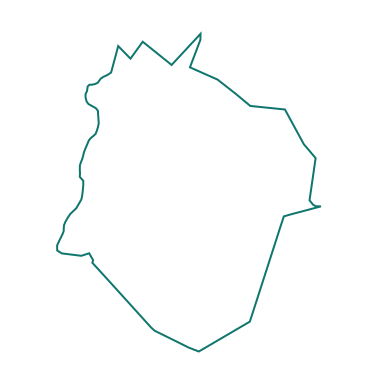 Nova Santa Rita, Piauí, Brazil, rotated 5°
{"feature_id": "56859067B4327076074901", "entity_name": "Nova Santa Rita", "entity_type": "district", "adm_level": 2, "iso_a3": "BRA", "parent_name": "Brazil", "parent_adm1": "Piauí", "projection": "natural_earth1", "projection_center": [-42.096, -8.116], "detail": "fine", "context": "isolated", "style": "outline", "palette": "teal", "viewbox_px": 384, "rotation_deg": 5, "n_neighbors": 0, "source": "geoboundaries", "source_scale": "gbopen_adm2", "svg_char_len": 1155}
<svg xmlns="http://www.w3.org/2000/svg" viewBox="0 0 384 384"><g transform="rotate(5 192 192)"><path d="M186.7,33.7L160.6,67.2L129.8,46.6L119.1,64.5L105.8,53.1L101.0,80.0L98.0,82.5L93.6,85.1L91.2,87.0L88.6,91.4L85.7,93.0L82.7,93.9L80.5,94.1L78.9,95.9L78.6,100.5L77.4,103.9L77.7,107.0L79.1,111.0L81.2,113.4L88.8,116.8L91.2,119.3L91.7,122.9L92.5,127.8L93.1,131.9L92.6,135.9L91.8,139.5L90.9,142.5L89.3,144.3L86.4,147.2L84.8,149.5L83.8,152.6L81.9,158.4L80.8,162.3L80.5,164.9L79.8,168.6L78.7,172.3L78.0,175.3L78.3,179.8L78.8,183.0L78.9,186.7L82.7,190.3L83.1,194.7L83.1,198.2L82.9,205.9L82.4,209.1L81.1,211.9L78.2,218.2L74.5,222.4L72.8,224.3L70.6,228.2L68.4,232.9L67.4,236.3L67.4,239.4L67.6,242.1L66.9,244.7L64.9,249.9L63.8,252.7L62.3,256.9L62.8,262.0L67.6,264.5L87.3,265.2L94.9,262.0L99.4,268.5L98.9,271.2L112.3,283.5L163.0,330.5L166.9,333.5L179.6,338.4L202.6,347.4L212.7,350.3L260.9,316.1L262.7,308.4L282.9,219.9L285.6,208.3L292.6,205.6L321.7,195.1L316.6,195.4L313.6,194.0L309.8,190.0L312.2,147.5L299.2,134.6L277.4,101.7L269.7,101.6L242.6,101.2L227.0,90.4L207.7,77.8L179.1,68.0L187.1,39.6L186.7,33.7Z" fill="none" stroke="#0f766e" stroke-width="2"/></g></svg>